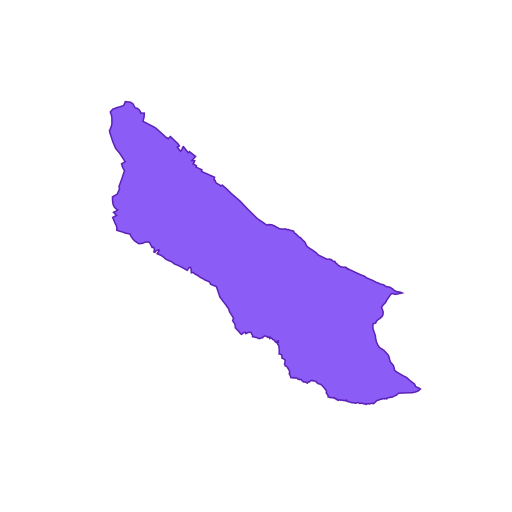 outline of Sancraieni, Harghita, Romania, rotated 238°
{"feature_id": "2599482B65024630890924", "entity_name": "Sancraieni", "entity_type": "district", "adm_level": 2, "iso_a3": "ROU", "parent_name": "Romania", "parent_adm1": "Harghita", "projection": "albers", "projection_center": [25.771, 46.297], "detail": "fine", "context": "isolated", "style": "filled", "palette": "violet", "viewbox_px": 512, "rotation_deg": 238, "n_neighbors": 0, "source": "geoboundaries", "source_scale": "gbopen_adm2", "svg_char_len": 6081}
<svg xmlns="http://www.w3.org/2000/svg" viewBox="0 0 512 512"><g transform="rotate(238 256 256)"><path d="M147.2,360.4L148.4,359.6L149.8,358.2L150.2,357.5L151.3,356.5L153.8,354.8L154.8,354.8L158.5,353.1L161.4,349.9L163.0,349.4L164.2,348.7L164.9,348.1L166.0,346.8L167.8,345.7L170.4,343.7L172.9,342.4L179.1,338.0L181.0,337.5L185.8,334.0L195.9,327.5L196.1,326.9L196.5,326.8L196.7,327.1L198.0,326.2L198.2,326.5L198.8,326.3L199.6,325.2L199.9,324.4L202.5,321.7L203.7,321.4L204.6,320.8L206.8,320.4L208.5,319.6L209.2,320.0L209.8,320.0L210.5,318.6L213.0,318.0L213.5,317.3L214.2,317.1L214.6,316.5L215.0,315.3L216.1,314.2L223.3,309.7L224.4,309.2L226.7,308.8L230.2,307.4L236.0,304.7L237.5,304.3L241.5,304.8L242.6,304.7L245.1,303.9L247.9,303.5L249.7,302.3L251.7,302.1L252.7,301.5L253.8,301.6L254.8,300.9L255.8,300.8L256.3,301.0L257.5,300.9L258.0,300.5L259.0,299.3L260.3,298.1L261.1,297.8L261.5,296.7L263.2,295.6L264.3,293.5L266.2,290.8L267.1,289.9L268.4,289.6L268.9,288.9L269.7,288.8L269.8,288.5L271.0,287.9L271.9,287.7L272.5,286.8L273.8,286.3L274.6,285.4L274.8,284.8L275.4,284.2L275.9,283.6L275.8,283.3L276.0,283.2L276.3,281.6L287.1,276.9L301.0,273.6L310.6,271.7L322.7,268.0L328.0,266.8L334.1,264.9L334.0,263.3L335.8,262.7L338.5,261.1L339.7,260.9L341.8,261.4L342.9,260.7L344.7,262.6L356.6,254.6L357.7,255.8L363.1,252.3L364.2,253.3L367.4,251.4L368.1,253.1L369.3,254.5L370.9,252.1L372.4,257.5L379.8,254.9L379.4,253.3L387.2,252.4L386.9,251.0L386.2,250.9L384.8,247.5L390.1,247.0L389.9,249.4L390.2,249.4L392.8,249.2L402.7,246.7L402.0,243.7L403.2,243.3L403.2,242.9L417.6,238.8L419.9,237.6L430.1,231.5L433.1,234.7L436.4,237.0L438.4,233.9L439.7,234.5L442.4,234.3L444.1,233.6L445.5,232.2L446.2,232.0L450.2,232.3L453.0,231.0L456.2,227.0L454.3,224.4L453.9,223.3L453.9,222.2L454.3,221.6L454.6,219.5L455.3,217.8L456.4,212.5L456.2,211.7L455.7,209.7L455.3,208.7L452.0,208.0L449.4,206.9L444.4,203.8L442.8,202.2L441.4,200.4L440.4,199.0L440.1,198.2L437.9,197.4L428.8,195.1L422.4,194.1L421.3,194.0L415.4,194.8L405.3,195.0L405.4,190.8L401.5,189.8L397.9,189.7L396.8,188.1L392.8,183.4L388.0,177.2L387.0,176.3L385.3,175.9L382.0,171.0L382.2,165.6L379.2,163.8L376.5,162.5L374.8,162.0L373.0,161.8L371.6,162.0L369.0,162.7L368.5,163.1L368.2,161.2L368.6,158.3L364.3,159.2L364.7,154.9L358.2,153.8L355.5,153.6L353.7,153.0L352.7,152.2L351.5,151.6L346.5,156.0L344.8,157.2L341.4,160.7L338.5,160.4L335.5,160.6L333.4,161.0L329.1,162.8L328.3,163.4L327.5,165.4L327.1,165.7L326.6,168.1L326.5,169.5L324.4,172.7L322.4,172.8L318.2,172.4L317.8,173.7L316.9,173.7L315.6,173.3L314.8,172.8L313.6,171.5L312.6,172.2L313.2,173.3L313.3,174.2L312.8,176.5L312.5,176.5L312.4,176.9L311.3,175.9L310.9,175.1L311.1,175.0L310.8,174.3L310.3,173.3L306.7,175.9L303.6,177.2L301.2,177.7L297.7,180.0L296.4,181.1L292.3,182.7L289.1,185.1L285.3,187.4L280.3,190.0L281.0,192.0L281.7,193.3L281.3,194.3L280.5,194.5L276.0,192.2L275.3,194.1L272.5,194.8L272.1,195.4L271.5,195.8L270.5,196.0L270.2,196.5L268.5,196.9L265.5,198.5L264.4,199.3L262.8,199.9L259.3,202.5L257.3,202.8L256.1,202.5L251.0,206.2L241.0,203.8L240.7,203.6L230.4,204.5L229.9,204.8L229.3,204.5L225.8,204.8L222.9,204.0L215.2,204.0L213.6,201.9L209.6,202.0L207.0,201.0L206.0,200.4L200.7,201.5L198.3,201.7L197.4,202.0L197.2,203.0L197.6,204.4L197.3,205.9L196.9,206.5L196.1,206.2L195.5,206.2L195.2,209.1L194.7,210.1L193.7,211.4L192.1,210.9L191.2,211.1L190.3,211.0L189.4,210.2L189.1,210.5L188.8,211.1L188.0,211.9L187.5,212.0L187.4,212.4L187.0,213.0L184.5,214.6L183.9,215.5L183.8,217.2L183.1,218.1L183.5,219.2L183.7,220.3L183.4,221.3L182.6,222.1L181.6,222.6L181.0,222.7L181.1,223.3L180.1,223.9L178.9,224.0L179.7,225.0L178.4,225.3L177.1,226.0L176.6,225.8L175.5,226.7L172.8,226.9L172.2,227.2L171.6,228.3L171.8,228.8L172.4,228.9L172.0,229.5L172.0,229.9L171.3,229.6L171.0,228.4L171.0,227.7L170.3,227.8L169.6,227.6L169.2,227.9L167.2,227.5L163.8,225.8L160.6,223.7L160.1,224.5L158.4,225.3L156.2,224.3L155.9,223.9L154.1,224.9L152.1,225.6L149.2,222.9L147.2,222.6L146.3,223.5L145.4,223.6L144.1,223.5L143.9,223.8L142.4,223.5L140.9,223.5L139.3,222.8L138.9,221.9L136.1,221.6L134.3,221.1L133.8,222.0L132.7,223.0L132.7,223.6L132.5,224.0L131.7,224.5L130.9,226.0L129.6,226.4L129.0,226.4L128.6,227.3L128.1,227.4L127.2,229.0L125.1,229.0L124.6,229.5L123.9,229.6L123.5,230.2L123.5,230.6L121.8,231.8L121.2,231.9L120.9,232.3L121.3,233.0L121.5,233.7L121.3,234.2L120.9,234.5L121.0,235.2L121.3,235.9L121.3,236.4L121.1,236.7L121.2,236.8L120.5,237.5L120.5,237.9L119.8,238.2L119.7,238.6L118.8,239.6L117.6,240.4L117.1,240.3L116.9,240.5L115.4,240.7L114.6,241.2L113.2,242.6L111.8,243.3L108.7,243.8L108.6,244.0L106.3,244.0L105.2,244.4L103.1,243.7L102.7,243.0L99.7,243.2L98.2,242.5L98.0,243.1L97.2,243.3L96.1,244.4L95.7,245.4L94.6,246.4L94.7,246.9L94.3,247.4L94.1,247.3L93.2,247.4L92.3,248.5L91.7,248.1L91.1,248.8L90.1,249.1L89.9,249.6L90.1,250.3L88.9,251.2L88.6,252.2L87.2,253.4L87.1,254.0L86.6,254.4L86.2,255.1L85.4,255.4L85.8,256.2L83.6,256.8L83.3,257.5L80.9,259.4L79.6,261.3L78.4,262.3L77.8,264.7L77.4,265.1L76.1,265.7L75.0,267.9L73.2,269.3L73.0,270.3L71.7,270.7L71.8,271.8L71.2,273.1L70.4,273.7L69.7,276.4L68.5,277.2L68.7,279.0L69.1,280.6L69.3,282.2L68.6,284.6L68.4,286.1L67.9,286.7L68.0,287.4L67.3,288.7L66.7,289.3L66.8,289.8L66.6,290.2L66.0,290.6L65.5,291.2L65.8,291.8L65.8,292.9L65.2,293.9L65.1,295.2L64.3,296.1L64.0,297.5L64.1,299.1L63.7,300.0L63.6,300.9L64.0,303.6L63.9,304.6L59.2,312.8L57.3,315.8L57.0,316.9L56.1,319.4L55.7,321.4L55.6,322.4L56.1,324.9L58.0,324.1L60.3,322.3L61.3,322.2L63.0,322.6L64.0,322.4L68.3,320.7L72.7,319.5L74.5,318.6L75.9,317.6L82.8,314.0L85.3,313.1L86.2,313.1L88.0,313.9L90.1,314.4L91.2,314.4L94.4,313.9L95.7,313.9L100.1,315.4L102.3,315.6L108.1,314.5L113.1,312.2L115.4,312.1L119.3,312.6L123.2,314.0L125.1,315.0L131.8,316.5L134.4,317.8L136.2,319.1L136.3,319.9L135.9,321.2L135.8,322.0L135.9,322.4L136.8,323.4L137.0,324.1L137.3,325.6L137.4,328.3L137.9,330.9L138.1,331.3L138.6,332.2L140.2,333.6L141.5,334.3L143.9,334.9L145.5,335.1L146.3,335.8L147.2,338.4L147.9,341.3L149.4,343.8L152.1,350.0L152.2,351.3L151.7,352.0L149.9,353.5L149.5,354.1L147.2,360.4Z" fill="#8b5cf6" stroke="#5b21b6" stroke-width="1.5"/></g></svg>